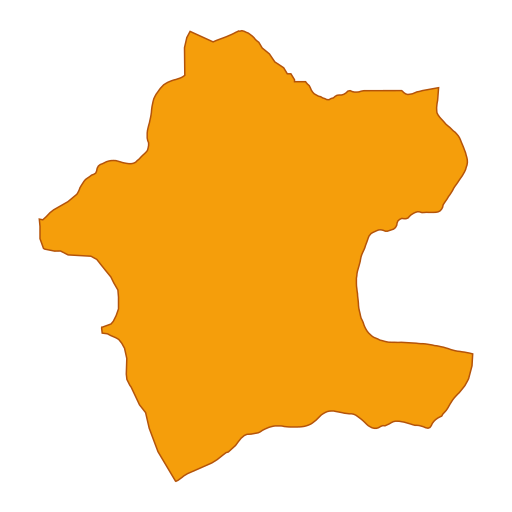 An Nadirah, Ibb, Yemen
{"feature_id": "15242507B41326170621958", "entity_name": "An Nadirah", "entity_type": "district", "adm_level": 2, "iso_a3": "YEM", "parent_name": "Yemen", "parent_adm1": "Ibb", "projection": "robinson", "projection_center": [44.521, 14.061], "detail": "fine", "context": "isolated", "style": "filled", "palette": "amber", "viewbox_px": 512, "rotation_deg": 0, "n_neighbors": 0, "source": "geoboundaries", "source_scale": "gbopen_adm2", "svg_char_len": 5987}
<svg xmlns="http://www.w3.org/2000/svg" viewBox="0 0 512 512"><path d="M239.8,31.2L238.4,31.0L237.9,31.4L235.8,32.3L233.8,33.4L231.5,34.5L228.7,35.7L226.4,36.7L223.5,37.8L221.3,38.6L218.9,39.5L216.5,40.4L214.2,41.4L213.1,41.9L190.1,31.4L186.8,37.6L184.5,47.7L184.8,75.3L184.6,75.5L182.4,77.0L180.3,78.0L177.9,78.8L175.9,79.5L173.8,80.0L171.7,80.7L169.7,81.5L167.6,82.4L165.6,83.6L163.7,84.8L162.0,86.6L160.4,88.3L159.0,90.2L157.6,92.2L156.2,94.1L155.0,96.3L153.8,98.8L153.1,101.4L152.5,104.2L152.0,106.7L151.6,109.8L151.4,112.4L151.0,115.2L150.5,117.8L149.9,120.5L149.4,122.9L148.7,125.3L148.1,127.7L147.5,130.4L147.2,133.0L147.2,135.5L147.2,138.0L147.7,140.5L148.6,142.8L148.6,145.4L148.1,148.1L147.4,150.5L146.0,152.2L144.6,153.6L142.7,155.3L140.9,157.1L139.2,159.0L137.1,160.7L136.0,161.9L135.3,162.4L133.3,163.3L131.1,163.7L128.9,163.7L126.8,163.4L124.5,163.0L122.3,162.5L120.1,161.8L118.0,161.2L115.8,160.6L113.4,160.5L111.0,160.6L108.9,161.0L106.5,161.7L104.5,162.7L102.5,163.7L100.3,164.5L98.4,166.0L97.2,168.2L96.6,171.0L95.7,173.1L93.8,174.3L91.6,175.1L89.7,176.6L87.3,178.2L85.5,179.5L84.0,181.3L81.1,185.8L79.8,188.1L79.5,189.2L78.7,191.0L77.6,193.1L76.8,194.3L67.9,201.7L53.7,209.8L50.1,212.6L46.2,216.7L42.8,219.8L39.3,219.1L40.0,226.3L40.0,238.7L43.5,248.4L44.7,249.1L54.6,251.1L60.5,251.0L68.1,254.9L90.9,256.2L96.8,259.4L100.9,264.6L105.6,270.5L110.9,277.0L113.8,282.9L117.9,290.0L118.5,297.2L118.5,308.9L116.2,315.5L113.3,321.3L111.0,324.0L102.2,327.2L101.9,327.1L101.6,327.9L102.2,333.1L107.5,333.8L110.6,335.5L115.3,337.5L116.7,338.2L118.8,339.5L121.8,343.3L124.0,347.3L124.5,348.1L126.8,358.5L126.3,374.1L126.9,379.4L129.8,385.2L131.2,387.2L139.5,404.8L145.6,412.6L149.2,428.2L158.0,451.7L175.5,481.1L175.9,481.3L176.0,481.2L177.9,480.4L179.8,479.0L182.0,477.4L183.8,475.9L185.6,474.8L187.6,473.6L211.9,462.9L217.2,459.6L222.7,455.2L226.1,452.6L228.3,452.0L235.6,445.4L238.3,441.7L241.1,438.2L244.3,435.5L247.0,434.3L251.1,434.1L258.2,432.8L260.3,431.8L262.3,430.4L264.8,429.1L269.0,427.3L271.2,426.7L273.2,426.2L275.3,425.9L277.6,425.9L280.1,425.9L282.1,426.0L284.2,426.5L286.2,426.7L288.4,426.9L290.7,427.0L293.1,427.0L297.6,427.0L298.2,426.9L299.7,426.9L301.9,426.7L304.1,426.4L306.4,425.8L308.4,425.1L310.7,424.1L312.4,423.0L314.2,421.6L316.1,420.1L317.9,418.3L321.3,414.9L323.1,413.7L325.2,412.5L327.2,411.6L329.4,411.1L331.5,411.0L333.7,411.0L336.0,411.5L338.2,411.9L342.3,412.7L344.4,413.2L347.0,413.5L349.3,413.8L351.6,413.8L353.6,414.2L355.7,415.1L357.4,416.3L359.3,417.7L361.0,419.0L362.8,420.5L364.9,422.5L366.7,424.3L368.3,425.7L370.2,426.8L372.1,427.8L374.3,428.3L376.5,428.3L377.9,427.9L378.5,427.7L380.9,426.3L382.9,425.6L385.0,425.8L387.0,424.9L389.2,423.9L391.2,422.7L393.2,421.7L395.3,421.2L397.3,421.2L399.5,421.3L401.6,421.7L404.0,422.1L408.5,423.4L410.6,424.0L412.7,424.7L414.9,425.3L416.9,425.3L419.0,425.5L421.3,426.1L423.3,426.7L425.6,427.7L428.0,428.2L429.9,427.5L431.3,425.6L432.3,423.4L433.9,421.3L435.5,419.7L437.7,418.1L439.7,417.0L441.7,416.1L442.8,414.1L444.4,412.4L446.1,410.5L447.5,408.5L448.6,406.6L450.0,404.1L452.6,400.0L454.3,397.8L457.5,394.3L459.1,392.8L460.5,391.1L463.5,387.4L464.9,385.6L466.0,383.6L467.4,381.1L468.6,378.7L472.0,365.8L472.7,353.9L469.1,353.0L468.5,352.9L466.4,352.5L464.4,352.1L461.9,351.8L459.8,351.4L457.6,351.2L455.5,350.8L453.1,350.2L450.6,349.5L448.2,348.6L445.7,347.9L443.5,347.2L441.4,346.8L438.8,346.2L436.8,345.8L434.6,345.6L432.3,345.0L427.4,344.2L425.3,343.9L423.0,343.7L421.0,343.7L418.5,343.5L416.3,343.2L401.2,342.3L399.1,342.4L397.1,342.4L395.0,342.3L393.0,342.3L388.6,342.2L386.6,341.8L384.5,341.3L382.1,340.6L379.9,340.1L377.9,339.0L375.9,338.2L373.7,337.3L371.8,336.0L368.6,333.0L367.1,331.1L365.9,329.1L364.9,327.2L364.0,325.1L363.2,322.6L362.3,320.5L361.1,318.2L360.5,315.9L360.0,313.5L359.4,311.0L358.8,308.2L358.5,305.5L358.4,303.2L358.2,301.0L357.9,298.5L357.6,295.9L357.5,293.6L357.1,291.2L356.8,288.5L356.5,286.1L356.4,283.2L356.4,280.5L356.4,278.2L356.8,275.8L357.0,273.5L357.5,271.0L358.9,266.2L359.6,263.6L360.2,261.3L360.6,258.9L361.1,256.6L361.9,254.3L362.8,252.2L363.9,249.9L364.8,247.8L365.5,245.5L366.6,242.6L367.4,240.4L368.2,238.0L369.1,235.9L371.0,233.6L372.8,232.5L376.9,230.6L378.8,229.9L380.9,229.8L383.2,230.3L385.4,231.2L387.4,231.2L389.4,230.5L391.5,229.8L393.6,229.1L395.4,227.6L396.7,225.3L397.1,222.9L398.0,220.8L399.8,219.3L401.8,218.4L404.0,218.7L406.0,218.7L408.0,218.0L409.5,216.3L411.1,214.8L413.5,213.3L415.6,212.3L417.7,211.7L419.8,211.9L421.9,212.6L424.1,212.5L426.4,212.3L428.8,212.4L430.9,212.4L433.3,212.4L435.5,212.3L436.9,212.1L438.0,211.9L439.9,211.0L441.5,209.3L442.6,207.3L443.1,204.9L444.3,203.0L445.8,200.8L447.2,198.8L448.4,196.7L449.8,194.8L451.0,193.0L452.6,190.4L453.7,188.2L455.0,186.2L456.7,183.9L458.0,182.0L459.3,180.0L460.9,177.7L462.2,175.9L464.5,171.9L465.6,169.5L466.2,167.3L467.0,165.0L467.4,162.4L467.3,159.8L466.8,157.4L466.1,155.0L465.5,152.6L464.6,150.3L463.6,147.6L462.5,144.9L461.3,142.1L460.5,140.0L459.6,138.0L458.4,136.0L457.0,134.3L455.2,132.3L453.3,130.9L451.4,129.0L449.9,127.5L447.9,125.9L445.8,124.1L444.4,122.4L442.7,120.5L441.0,118.7L439.6,117.1L437.9,114.7L436.9,112.6L436.7,110.3L436.6,107.8L436.8,105.6L437.1,103.0L437.6,100.5L438.6,87.7L437.4,87.9L422.4,90.6L421.4,90.9L419.1,91.5L416.9,91.9L414.8,92.8L412.4,93.8L410.0,94.2L407.7,94.5L405.7,93.9L403.8,92.6L402.2,91.0L401.5,90.6L363.9,90.7L363.2,90.8L361.1,91.2L358.9,91.9L356.8,92.1L354.6,92.1L352.3,91.6L350.3,90.7L349.8,90.7L347.9,91.1L345.9,93.0L343.8,94.3L341.5,95.0L339.3,95.0L337.0,95.3L335.1,96.4L333.4,97.9L331.1,98.5L329.0,99.7L326.8,99.6L324.8,98.6L322.6,97.9L320.7,96.7L318.5,96.2L316.5,95.1L314.2,93.8L312.7,92.2L311.3,90.1L310.3,87.7L309.2,85.6L307.4,84.0L305.9,82.2L305.6,81.7L294.5,81.7L294.5,79.7L290.9,73.8L287.3,73.8L283.7,67.8L274.8,61.9L269.4,53.9L262.2,48.0L258.8,42.3L257.2,41.1L255.4,39.5L253.9,37.6L252.2,36.0L250.2,34.5L248.3,33.1L246.2,32.3L244.2,31.3L241.9,30.7L239.8,31.2Z" fill="#f59e0b" stroke="#b45309" stroke-width="1.5"/></svg>